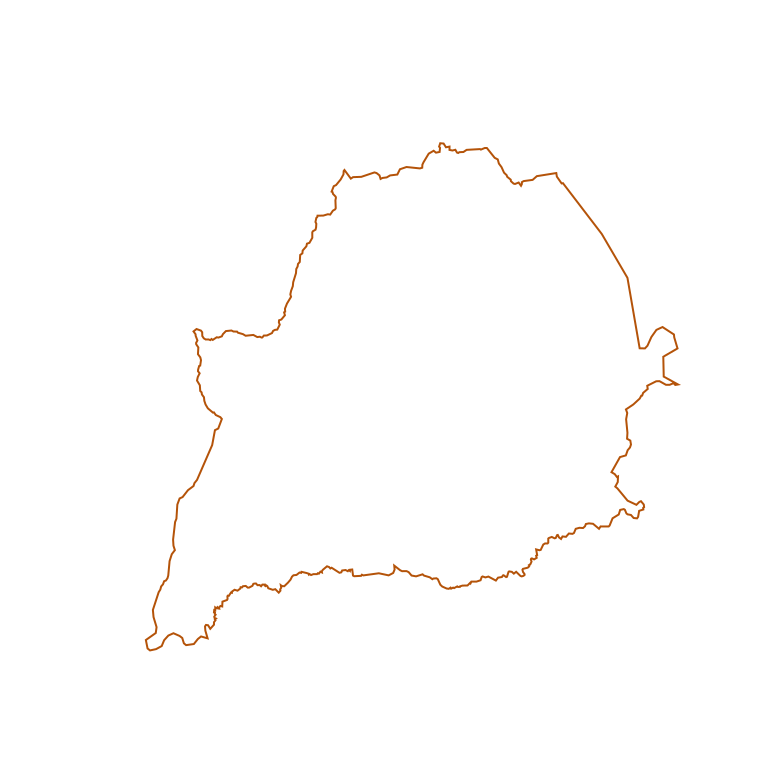 outline of Nkoranza South, Brong Ahafo, Ghana, rotated 166°
{"feature_id": "2480657B38880944597072", "entity_name": "Nkoranza South", "entity_type": "district", "adm_level": 2, "iso_a3": "GHA", "parent_name": "Ghana", "parent_adm1": "Brong Ahafo", "projection": "natural_earth1", "projection_center": [-1.641, 7.453], "detail": "fine", "context": "isolated", "style": "outline", "palette": "amber", "viewbox_px": 768, "rotation_deg": 166, "n_neighbors": 0, "source": "geoboundaries", "source_scale": "gbopen_adm2", "svg_char_len": 6162}
<svg xmlns="http://www.w3.org/2000/svg" viewBox="0 0 768 768"><g transform="rotate(166 384 384)"><path d="M210.4,191.5L208.3,193.4L200.5,191.4L199.3,192.1L194.7,198.4L187.8,200.6L185.3,204.7L181.6,204.6L180.7,203.7L180.1,199.8L179.2,198.6L176.1,197.2L174.2,193.6L171.0,192.4L169.6,193.6L167.1,199.2L162.7,199.5L162.5,201.1L161.4,201.6L161.1,204.2L163.0,208.1L164.8,207.8L168.3,205.7L175.9,211.9L182.8,226.3L184.4,228.5L180.9,232.3L179.3,237.7L180.5,237.4L181.9,240.7L184.6,243.4L172.7,256.0L166.6,256.2L163.6,260.8L160.7,262.9L159.0,265.5L158.7,269.5L161.4,272.1L159.6,277.7L157.6,291.2L155.0,297.0L155.4,300.8L147.1,303.8L139.4,308.0L137.2,310.4L136.3,310.3L134.7,312.7L129.3,315.4L129.0,318.6L119.2,320.8L116.0,320.1L110.6,315.0L107.0,314.1L102.9,314.8L101.6,312.6L98.8,312.4L110.8,323.5L106.4,342.9L90.6,347.5L91.1,359.0L90.7,361.9L100.0,371.9L106.6,370.6L113.2,364.9L119.1,357.4L122.2,355.4L127.3,356.8L122.1,428.1L136.4,476.9L161.8,535.6L163.1,535.6L163.4,536.3L166.1,543.4L165.8,547.0L185.4,548.7L190.4,546.1L199.4,547.1L201.4,546.5L201.9,544.6L203.1,543.2L204.6,546.9L208.5,546.4L209.8,547.1L211.8,550.1L211.6,551.6L214.3,555.2L214.5,557.0L216.4,560.0L217.5,566.0L219.2,570.1L219.3,574.4L221.9,576.7L227.1,588.1L229.2,588.6L233.3,588.0L234.0,588.7L247.2,591.2L250.8,589.9L254.8,590.7L256.1,590.2L257.2,590.9L258.1,594.0L261.1,594.0L263.8,595.3L263.0,598.5L266.6,598.7L268.0,602.9L271.2,604.0L273.1,601.0L272.5,599.6L273.9,595.7L277.6,595.9L279.4,598.3L284.9,596.7L292.1,589.5L293.7,587.5L294.6,584.6L297.0,584.5L309.7,589.1L316.6,588.5L320.4,584.0L327.6,584.9L331.4,583.8L335.7,584.3L337.7,583.8L337.9,587.5L340.2,590.5L342.1,591.6L355.9,590.5L364.0,592.2L366.5,591.3L370.6,601.2L371.6,600.4L372.6,597.2L376.6,592.9L382.4,588.6L384.9,588.1L388.3,583.3L387.5,582.6L387.5,580.8L385.6,577.5L385.6,576.3L386.7,574.0L388.3,566.3L389.1,565.3L391.7,564.5L395.2,561.4L397.4,562.3L402.2,562.1L407.8,563.4L408.4,562.1L409.5,561.5L411.3,557.8L410.9,555.9L412.0,552.4L413.1,550.3L416.1,549.4L416.9,548.5L418.2,543.2L422.2,539.0L424.8,538.8L426.0,536.4L430.6,533.2L431.6,530.5L434.1,529.5L436.2,522.8L438.4,521.3L439.4,518.9L441.3,516.8L442.6,512.8L447.5,504.7L448.8,501.0L451.6,496.9L453.2,493.6L453.1,491.1L458.7,485.5L461.9,481.0L462.4,478.1L463.6,477.7L463.5,474.7L468.0,471.4L470.4,471.2L471.1,469.2L470.8,466.8L474.4,462.6L476.6,462.9L478.7,462.4L480.4,460.5L485.9,459.4L488.8,460.1L490.8,458.6L491.6,458.7L493.0,459.9L495.6,460.2L498.9,463.2L506.6,464.3L508.8,466.5L513.3,469.1L513.9,470.4L517.3,471.3L519.1,472.8L524.6,473.6L528.3,471.3L529.8,469.5L533.4,469.1L535.0,469.8L539.5,468.2L540.5,469.4L541.9,468.6L543.5,469.7L546.2,470.3L547.8,471.9L548.7,474.5L547.9,478.2L548.7,480.1L552.6,482.7L556.1,481.1L554.8,477.8L555.1,476.4L554.5,471.4L556.4,469.3L556.6,468.0L555.3,464.4L557.3,457.9L555.8,454.3L555.8,451.4L557.9,446.3L559.0,446.2L560.9,442.9L561.4,441.4L560.3,439.0L563.0,435.8L564.6,432.6L563.0,427.3L564.0,421.7L563.0,420.0L563.2,417.9L561.9,414.7L562.4,411.1L562.1,407.3L560.8,403.0L556.9,397.6L555.9,397.6L554.7,394.6L550.8,391.4L549.8,389.3L555.6,380.9L559.2,380.1L565.5,366.3L588.6,336.2L591.9,333.7L593.5,331.1L599.9,328.4L606.8,323.0L610.0,322.4L613.7,317.0L618.0,303.5L620.1,300.6L626.3,284.0L627.4,278.0L627.1,273.4L631.1,270.2L634.9,264.0L639.7,250.3L641.1,247.9L643.1,246.1L645.1,245.8L646.9,243.1L649.2,241.5L650.8,238.6L653.0,236.5L662.9,220.7L664.0,213.6L663.5,203.1L665.7,197.6L677.0,193.2L677.4,184.6L675.5,182.1L669.3,181.9L663.1,183.5L659.3,188.6L654.1,192.1L648.6,193.1L643.3,189.0L641.2,186.4L640.9,180.8L639.2,178.5L631.4,177.7L626.3,181.6L622.6,183.3L616.7,179.9L617.0,187.9L616.3,192.1L615.0,193.3L613.1,192.5L611.8,188.5L607.2,191.6L606.6,194.0L604.7,195.5L605.0,196.5L603.8,197.1L605.0,198.0L605.0,199.3L603.2,200.9L603.8,201.9L603.3,203.2L604.2,203.6L603.4,205.8L602.5,205.3L601.8,208.0L601.0,207.0L599.6,207.7L599.4,206.4L598.2,205.9L598.2,206.9L596.4,208.2L594.8,207.3L593.4,211.9L588.6,212.4L587.8,213.3L587.3,215.9L586.8,216.4L585.8,216.0L582.9,218.7L582.1,218.2L581.6,219.4L578.8,220.5L576.1,218.9L572.9,220.3L572.3,221.5L570.9,221.0L569.8,221.9L567.0,221.5L565.5,219.4L564.2,219.1L560.5,220.0L559.1,221.7L558.1,221.7L556.5,221.4L555.4,219.4L553.3,219.0L552.2,217.5L550.5,218.8L548.1,218.2L548.4,217.2L547.8,216.5L546.8,217.0L546.1,216.1L545.7,213.8L541.7,211.2L539.1,211.2L536.6,207.0L534.5,208.5L534.4,209.9L533.0,211.2L532.8,213.7L532.0,212.7L529.7,211.9L525.2,214.5L522.0,216.8L519.9,219.3L518.1,220.3L515.1,219.9L511.6,221.5L510.1,220.8L509.5,221.7L504.8,219.3L503.2,218.3L503.0,217.2L502.2,217.6L501.0,216.3L498.5,216.6L495.0,215.7L493.9,216.4L493.1,215.7L491.1,217.3L489.8,216.2L489.7,217.3L488.3,218.5L483.4,220.9L481.5,219.6L480.7,218.0L479.3,218.4L472.9,211.6L471.0,211.6L469.7,213.2L466.3,212.8L464.4,211.1L463.2,211.9L462.3,210.8L461.9,212.0L459.7,211.7L460.4,205.6L459.4,204.7L452.6,203.4L451.6,204.3L450.4,203.3L434.8,201.6L425.8,197.2L420.8,198.4L418.6,201.4L418.0,205.3L413.3,199.3L411.7,198.0L407.4,197.0L405.6,195.5L403.6,191.5L399.4,189.6L392.6,190.0L391.5,188.4L386.4,185.4L384.3,182.9L383.2,183.3L380.1,182.8L379.0,181.6L377.9,175.6L376.5,173.4L372.7,170.4L370.7,169.6L368.7,170.3L368.4,169.2L366.2,169.7L365.4,169.0L361.9,169.9L361.4,169.2L359.4,168.8L359.1,169.3L356.6,169.4L351.7,168.3L348.4,170.3L348.2,169.7L347.0,171.1L342.0,169.9L337.8,170.2L335.9,173.1L334.9,173.4L332.4,171.8L329.3,171.9L323.0,166.2L320.2,168.5L316.3,168.2L314.9,169.5L314.2,169.5L312.2,167.1L311.3,167.2L308.7,171.5L307.9,171.9L305.4,170.8L303.9,168.6L301.2,169.8L298.0,164.7L296.9,164.0L295.1,164.1L293.8,164.7L293.6,165.5L294.6,168.0L294.6,170.3L293.9,171.0L289.0,171.0L287.3,171.9L286.8,172.7L287.1,173.2L285.5,173.8L283.8,176.0L284.0,178.0L283.5,178.9L282.7,179.0L280.8,177.5L277.9,178.4L277.9,180.6L276.8,180.9L276.4,186.7L273.4,185.1L272.1,185.1L268.3,189.7L266.4,190.3L263.9,189.7L263.0,190.3L262.0,194.3L261.2,194.7L258.2,195.0L255.8,193.0L254.7,193.0L252.6,195.5L251.9,195.5L251.3,192.8L249.7,190.8L247.7,192.9L244.4,191.7L240.8,194.2L237.3,193.0L235.7,193.5L233.0,197.1L229.2,197.2L225.7,196.1L223.4,197.3L222.0,199.3L218.9,199.2L215.0,197.8L210.4,191.5Z" fill="none" stroke="#b45309" stroke-width="2"/></g></svg>